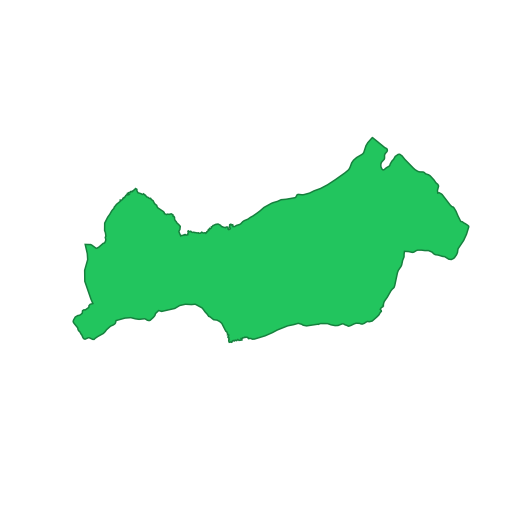 the district of Aceh Tengah, Aceh, Indonesia, rotated 319°
{"feature_id": "22746128B89023327523654", "entity_name": "Aceh Tengah", "entity_type": "district", "adm_level": 2, "iso_a3": "IDN", "parent_name": "Indonesia", "parent_adm1": "Aceh", "projection": "orthographic", "projection_center": [96.82, 4.563], "detail": "fine", "context": "isolated", "style": "filled", "palette": "green", "viewbox_px": 512, "rotation_deg": 319, "n_neighbors": 0, "source": "geoboundaries", "source_scale": "gbopen_adm2", "svg_char_len": 6137}
<svg xmlns="http://www.w3.org/2000/svg" viewBox="0 0 512 512"><g transform="rotate(319 256 256)"><path d="M148.4,235.9L160.3,242.3L165.9,243.3L171.1,246.1L175.4,250.3L178.5,252.5L181.2,259.6L181.2,261.9L180.9,264.7L181.0,268.1L180.7,270.5L181.4,271.7L182.2,276.2L184.5,278.8L185.6,281.6L186.0,284.4L183.9,292.9L184.2,294.3L183.8,295.0L183.6,295.9L182.8,296.8L183.4,297.1L183.6,297.8L182.7,298.4L181.6,298.7L181.5,299.1L181.9,299.5L181.9,300.0L181.4,300.2L181.2,301.3L180.5,301.3L179.7,302.2L179.2,303.6L179.9,304.0L180.5,304.2L180.7,304.9L181.3,305.2L181.7,304.8L183.4,304.8L183.7,305.8L184.3,306.1L185.0,305.8L185.7,306.6L185.9,307.2L187.5,307.1L187.8,308.6L188.8,309.1L189.2,309.6L190.4,310.1L190.7,308.6L191.5,309.2L192.4,309.0L192.9,309.6L194.1,309.8L194.2,310.3L195.2,310.6L196.3,312.0L196.1,313.3L196.6,313.3L196.8,313.9L198.1,314.9L198.6,316.3L200.4,317.7L210.5,322.2L218.2,324.6L223.5,325.8L234.1,329.5L239.4,332.5L243.7,334.5L245.7,337.5L246.2,339.2L248.3,341.9L257.4,347.7L258.3,348.4L257.8,348.4L259.8,349.0L260.6,349.5L265.7,354.0L267.5,357.2L270.1,360.5L272.4,362.3L276.1,363.6L277.0,364.1L277.6,364.9L278.1,366.5L279.0,367.8L279.3,368.8L279.9,369.8L282.1,370.7L285.2,371.5L287.5,372.4L290.0,374.8L290.7,376.2L291.6,377.1L293.4,377.8L296.3,378.2L297.3,378.6L298.3,379.9L301.0,381.3L307.1,381.3L310.0,381.1L312.9,380.1L314.2,380.1L314.8,379.2L314.8,377.7L316.7,377.2L318.6,377.5L319.4,376.7L319.6,377.0L320.1,376.4L321.9,375.0L323.6,374.3L328.1,373.2L334.9,370.8L337.2,370.4L338.9,370.4L339.8,370.2L341.6,369.1L351.8,361.4L354.0,360.2L358.6,359.0L360.1,358.3L363.8,355.5L367.1,353.8L369.1,351.6L371.1,349.9L374.1,352.8L376.4,355.9L377.6,356.6L380.6,357.1L381.8,357.6L384.7,360.1L387.1,362.8L389.7,365.0L391.4,368.5L391.6,371.0L392.2,372.6L394.1,374.8L396.6,378.8L398.0,380.3L399.4,384.9L401.1,386.8L403.3,387.4L404.6,387.5L408.2,386.6L410.4,385.5L412.8,383.4L413.6,383.0L422.9,380.5L429.1,377.7L436.0,373.4L436.1,373.6L435.9,371.6L435.2,369.0L434.5,367.2L434.2,365.6L433.2,364.2L434.7,358.3L436.3,353.4L437.0,349.4L436.9,348.3L436.2,347.3L436.0,344.8L436.8,331.7L436.5,330.4L435.7,328.4L434.5,327.7L436.0,325.5L439.7,323.0L440.2,321.3L439.8,318.6L440.2,315.5L440.1,311.2L440.0,309.6L439.5,307.9L437.9,305.2L437.8,303.5L437.3,302.3L434.7,299.9L433.7,298.4L432.7,295.3L432.4,292.7L431.7,280.7L431.9,276.3L431.2,273.5L430.0,272.6L426.4,272.2L423.3,273.3L421.0,273.5L418.0,274.5L416.2,275.5L415.2,275.5L412.1,274.9L409.5,274.9L408.7,274.7L408.2,274.1L408.1,273.1L408.7,270.9L409.4,269.8L410.7,268.4L412.3,267.6L416.2,267.1L417.2,266.5L419.2,264.2L420.6,263.5L423.4,263.1L424.5,262.4L425.0,261.5L425.1,260.7L424.3,258.7L421.5,242.5L421.5,242.9L414.8,243.8L411.4,244.9L405.4,248.5L404.1,248.9L402.8,248.9L396.5,247.7L392.4,247.7L389.3,248.5L385.1,250.8L383.2,251.5L382.0,251.7L377.4,251.6L365.5,250.4L356.7,249.2L349.0,247.4L342.5,244.9L337.8,243.7L332.4,241.1L331.1,240.2L328.4,237.3L327.7,236.9L327.1,236.8L324.7,237.7L323.7,237.6L315.9,232.9L311.9,230.0L308.1,228.9L304.2,227.1L302.3,226.4L293.9,224.6L288.6,224.6L285.5,224.4L279.9,223.8L277.3,223.2L274.1,222.9L270.2,221.6L268.6,221.4L265.6,221.7L264.4,221.5L261.3,220.1L259.3,219.8L258.7,219.4L257.9,218.6L258.4,218.2L258.9,217.1L257.8,216.5L258.0,215.9L257.9,215.5L257.0,215.2L256.8,215.5L256.5,215.3L255.4,216.5L255.1,216.6L254.8,217.3L254.9,218.2L254.5,218.6L252.8,218.3L252.5,217.7L252.7,217.2L253.0,217.1L253.1,216.7L253.3,216.6L253.6,215.6L252.7,214.7L251.6,214.6L251.4,214.1L250.7,213.6L250.3,213.0L250.0,212.0L249.8,212.0L249.3,211.2L249.4,209.6L248.3,206.9L247.9,206.8L247.4,206.3L246.9,206.3L246.6,205.8L245.4,205.4L244.6,205.3L243.7,204.8L242.1,205.1L241.4,204.7L240.6,205.5L239.2,205.4L239.1,204.7L238.0,205.0L237.3,204.9L237.1,205.7L236.5,205.4L235.2,205.7L234.9,205.4L233.9,205.9L233.1,205.9L233.2,205.6L232.8,205.0L231.4,204.2L231.0,203.4L230.7,202.4L229.1,202.4L227.7,201.4L227.8,200.8L227.5,200.5L226.6,200.0L225.9,198.8L225.0,198.1L224.8,197.3L223.7,196.7L223.1,195.8L223.0,194.5L221.9,194.2L221.4,192.6L220.8,192.7L220.0,194.2L218.9,194.6L218.6,195.2L217.1,194.6L217.0,194.0L216.5,193.7L216.6,193.3L216.1,193.0L215.2,193.1L215.1,192.6L213.8,192.2L213.2,191.6L212.4,191.6L212.9,189.6L213.8,187.0L214.9,186.4L215.9,186.1L218.3,183.9L218.3,181.4L218.0,179.2L218.3,177.9L218.3,176.0L218.8,174.7L219.9,173.3L220.0,172.1L219.5,171.8L219.7,171.1L220.3,170.6L219.8,168.7L218.6,167.9L218.1,167.9L216.5,166.2L215.6,166.0L214.7,163.9L215.2,163.0L215.3,161.9L213.5,155.2L213.7,153.8L214.3,152.6L213.9,150.9L213.9,149.5L214.6,146.7L214.1,144.8L214.3,143.3L213.7,143.0L213.2,142.2L212.9,140.6L212.2,139.6L212.5,137.5L212.0,137.0L212.1,136.1L211.9,135.5L211.8,135.2L211.4,135.4L210.5,134.9L210.1,133.5L208.4,130.8L209.0,128.4L209.8,127.6L209.8,127.0L209.3,126.6L209.2,126.1L208.8,126.3L207.7,126.0L206.6,126.4L205.8,126.0L204.8,126.3L204.4,126.0L204.3,125.4L203.7,125.1L202.8,125.3L202.4,125.1L202.4,125.4L201.2,124.6L200.9,125.1L200.4,125.1L199.9,124.5L199.7,124.7L200.3,126.2L199.3,125.8L199.2,124.9L197.7,125.0L197.4,124.9L196.0,125.4L194.1,125.2L194.3,125.5L193.4,125.4L192.6,125.7L191.9,125.7L191.1,125.6L190.2,124.7L190.0,124.9L190.1,125.6L189.6,125.7L184.6,125.5L181.7,126.1L181.1,126.1L179.9,126.9L178.2,127.0L176.4,127.4L173.0,128.6L169.6,129.4L163.4,131.9L158.5,137.4L157.7,139.5L155.7,142.6L154.5,143.0L153.4,145.1L152.2,146.0L150.3,146.8L148.9,146.2L143.3,146.2L141.2,145.8L140.4,145.3L139.2,140.0L138.7,138.9L134.7,135.2L130.2,143.6L126.6,148.3L117.3,154.4L110.2,162.8L103.1,180.4L101.7,184.9L99.2,183.7L97.4,183.9L96.1,185.1L91.9,184.7L90.7,183.7L89.2,183.5L87.3,185.2L85.5,185.2L84.0,185.0L82.4,184.0L79.5,183.5L76.4,184.6L75.2,185.3L74.7,186.2L74.5,187.5L74.3,193.3L73.5,194.6L73.1,196.0L73.3,197.7L72.7,200.4L72.7,201.4L71.8,204.2L71.8,205.6L72.4,206.6L75.9,207.7L76.6,208.4L78.0,211.7L79.1,212.7L80.6,212.6L84.0,213.0L90.0,214.3L92.7,214.1L94.7,213.6L99.3,213.5L100.5,213.6L103.0,214.4L104.9,214.6L106.1,214.3L108.0,212.9L116.4,216.9L121.1,220.4L123.7,224.2L126.2,227.1L130.8,230.3L131.5,231.8L131.8,233.1L132.9,234.6L134.0,235.1L138.3,235.0L140.6,234.6L142.4,233.5L146.8,233.3L148.4,235.9Z" fill="#22c55e" stroke="#15803d" stroke-width="1.5"/></g></svg>